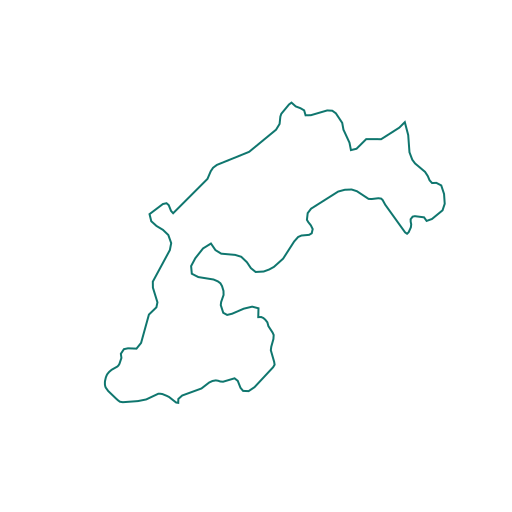 an SVG outline of Sondrio, rotated 147°
{"feature_id": "ITA-5444", "entity_name": "Sondrio", "entity_type": "Province", "adm_level": 1, "iso_a3": "ITA", "parent_name": "Italy", "parent_adm1": "", "projection": "natural_earth1", "projection_center": [9.94, 46.319], "detail": "fine", "context": "isolated", "style": "outline", "palette": "teal", "viewbox_px": 512, "rotation_deg": 147, "n_neighbors": 0, "source": "natural_earth", "source_scale": "10m", "svg_char_len": 2377}
<svg xmlns="http://www.w3.org/2000/svg" viewBox="0 0 512 512"><g transform="rotate(147 256 256)"><path d="M58.3,287.2L62.5,274.5L70.8,259.4L72.5,251.6L72.2,247.0L68.4,234.5L68.4,229.4L69.2,224.9L68.6,221.3L64.9,219.1L62.2,214.3L64.5,205.6L69.3,197.0L74.7,192.7L88.3,191.2L93.8,192.5L94.0,196.9L101.1,202.9L103.2,203.7L106.3,202.6L107.6,200.5L108.6,198.0L110.5,195.7L115.0,192.8L117.2,192.4L118.1,194.6L119.7,228.6L119.3,234.0L119.8,236.0L121.9,237.8L128.0,240.8L130.5,242.6L136.1,255.4L139.6,259.7L145.5,263.2L152.0,265.3L184.0,265.7L189.3,263.8L193.6,258.6L193.7,255.8L193.3,251.8L193.8,247.7L196.9,244.7L199.9,244.8L206.7,248.4L210.3,249.0L216.1,247.4L234.7,239.0L246.9,237.1L252.3,237.5L258.0,238.8L265.0,242.8L266.9,248.6L267.0,255.7L268.8,263.4L272.9,268.3L283.9,276.9L286.8,283.0L287.0,291.0L296.3,291.2L308.1,287.2L315.9,282.9L319.5,276.1L315.9,269.8L304.4,259.4L301.8,255.5L300.7,252.5L300.9,249.2L302.3,244.4L304.4,241.0L310.3,236.4L312.3,234.0L314.4,226.2L312.3,222.3L307.5,220.6L295.0,218.5L286.8,215.6L282.4,210.8L287.4,203.5L284.9,202.0L283.6,200.0L282.9,197.5L282.6,194.2L283.8,190.4L283.8,182.6L284.2,180.1L286.6,176.9L292.6,171.6L294.9,168.9L298.4,157.4L299.6,154.7L302.2,153.4L328.7,146.8L335.8,146.7L340.3,149.9L340.8,153.9L339.3,161.2L340.6,165.1L352.1,168.5L354.3,170.2L355.7,172.0L357.5,173.6L360.6,174.9L364.2,175.4L373.9,174.6L393.9,179.2L399.0,178.4L401.2,175.2L402.8,176.6L405.7,185.1L407.0,187.3L409.7,191.2L411.4,192.7L413.0,193.7L426.2,195.5L434.0,198.6L447.3,205.9L449.5,207.9L450.4,210.3L451.1,213.0L453.5,223.3L453.7,227.6L453.3,229.1L452.7,230.5L451.7,232.1L450.8,233.3L448.0,236.0L446.0,237.4L444.8,238.0L442.2,238.8L439.0,239.2L432.5,238.8L431.0,239.1L429.3,239.9L424.4,243.8L422.6,247.6L417.5,249.8L413.6,248.3L406.7,243.4L399.7,245.7L377.7,265.2L367.5,267.2L363.9,270.8L359.7,285.6L356.5,290.7L325.0,307.9L320.1,313.0L318.1,321.4L319.8,328.6L323.1,335.4L324.9,342.2L322.5,349.1L305.8,350.3L302.3,349.0L301.5,346.2L302.7,340.1L302.2,337.0L254.7,347.1L247.7,351.8L243.9,353.4L239.2,353.7L205.0,347.1L170.4,351.0L164.3,353.9L159.6,359.7L157.3,361.5L145.8,365.1L142.7,365.3L141.2,359.8L138.2,355.7L136.3,351.9L137.8,347.0L133.3,344.2L117.0,339.3L112.9,336.3L111.3,332.2L111.2,320.7L113.9,314.2L114.1,312.5L115.9,300.1L118.7,293.1L113.3,291.2L99.9,294.0L87.4,285.8L65.9,285.6L58.3,287.2Z" fill="none" stroke="#0f766e" stroke-width="2"/></g></svg>